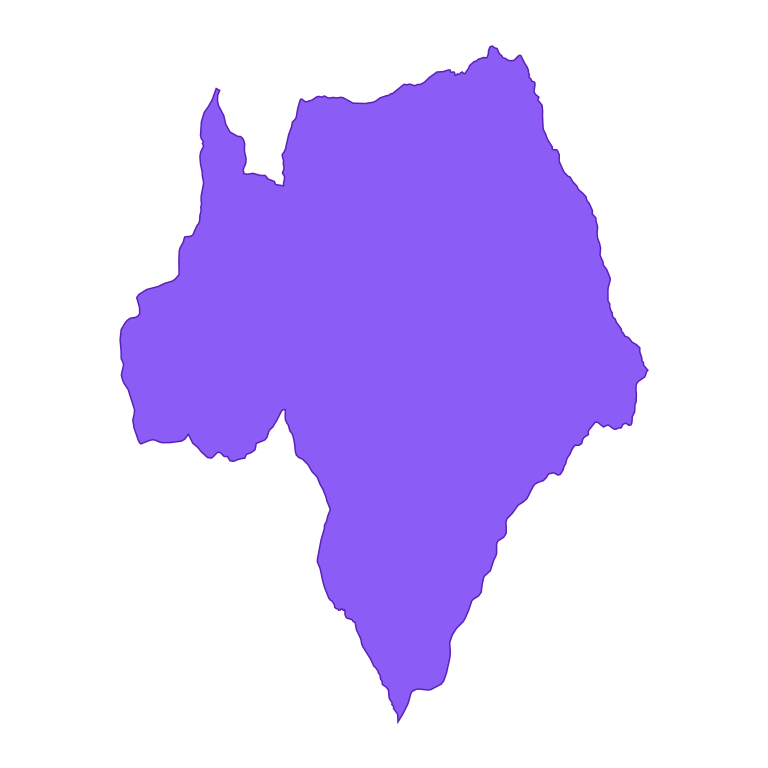 Cácota, Norte de Santander, Colombia
{"feature_id": "7082276B39579248859745", "entity_name": "Cácota", "entity_type": "district", "adm_level": 2, "iso_a3": "COL", "parent_name": "Colombia", "parent_adm1": "Norte de Santander", "projection": "equal_earth", "projection_center": [-72.647, 7.261], "detail": "fine", "context": "isolated", "style": "filled", "palette": "violet", "viewbox_px": 768, "rotation_deg": 0, "n_neighbors": 0, "source": "geoboundaries", "source_scale": "gbopen_adm2", "svg_char_len": 6045}
<svg xmlns="http://www.w3.org/2000/svg" viewBox="0 0 768 768"><path d="M647.9,370.3L643.5,365.1L643.5,362.6L642.0,361.0L641.8,357.9L639.8,351.9L639.8,347.8L636.4,344.6L632.1,342.2L629.3,338.5L627.9,337.3L624.8,336.1L623.3,333.2L621.6,331.4L621.2,329.0L620.4,327.7L616.3,322.2L615.2,319.0L614.0,318.2L612.4,316.0L612.3,313.0L610.7,310.3L609.8,306.9L609.7,303.7L608.4,301.8L608.0,300.4L607.9,290.7L608.2,287.5L610.1,280.6L610.2,278.2L606.8,269.7L603.4,265.0L602.9,261.7L600.0,255.2L600.6,248.0L599.5,243.3L597.6,238.2L597.1,233.9L597.6,226.7L596.1,221.3L595.8,217.8L592.2,213.8L592.5,211.6L592.1,209.8L589.2,203.4L586.9,200.4L586.0,196.8L582.7,193.2L578.4,189.5L576.7,185.9L572.9,181.8L570.1,177.1L567.8,176.1L564.1,172.2L559.6,162.4L559.1,160.7L559.3,154.9L557.5,150.5L556.2,149.6L553.2,149.8L552.3,149.2L552.2,146.8L547.4,139.2L545.5,133.8L543.5,129.8L543.1,128.2L542.5,116.1L542.6,110.8L542.1,105.3L537.8,99.9L538.9,97.2L535.4,94.3L534.0,91.8L535.0,84.7L534.8,82.6L534.2,82.0L531.7,81.0L530.9,79.0L529.3,77.4L529.0,76.1L529.4,74.9L528.5,72.6L528.3,70.0L527.0,66.8L524.9,63.7L521.0,55.8L519.8,55.2L517.9,56.3L514.7,59.8L513.5,60.5L510.1,60.7L507.8,60.1L505.1,58.2L503.4,58.1L502.8,57.6L501.6,55.6L499.5,53.8L497.0,48.5L494.8,47.9L492.4,46.1L490.1,46.7L488.5,50.6L488.4,53.7L487.3,56.9L486.6,57.8L483.6,57.5L478.2,59.3L476.2,61.2L474.2,61.5L469.5,65.7L468.8,68.0L464.7,73.8L464.1,73.8L462.2,72.0L460.7,72.7L459.7,74.1L458.3,74.3L457.5,73.9L456.4,74.9L455.2,75.3L454.4,72.3L453.7,72.0L451.0,72.3L449.9,69.9L448.7,69.9L442.9,71.7L437.0,72.0L429.3,77.5L424.5,82.2L420.4,84.4L417.5,84.5L414.8,85.7L409.8,84.1L406.4,84.9L405.1,84.3L403.8,84.5L392.2,93.8L391.0,93.6L388.8,95.4L386.8,95.6L380.0,97.9L375.9,101.0L373.3,102.2L365.2,103.5L353.1,103.2L343.3,97.8L341.2,97.3L336.0,98.0L333.6,97.4L328.3,98.1L324.5,96.0L321.6,97.1L318.6,96.4L316.7,96.9L311.9,100.1L305.7,102.0L301.8,99.1L300.7,99.2L299.9,100.8L297.6,109.1L296.2,117.4L295.3,119.1L292.4,122.1L291.5,127.0L288.7,134.5L285.4,149.2L283.9,152.3L282.4,154.1L282.2,155.7L283.5,160.4L283.3,164.6L284.0,166.7L283.9,169.2L282.4,173.0L284.5,176.3L284.3,180.2L283.6,182.2L283.6,185.8L275.6,184.6L274.4,181.5L267.9,178.9L265.3,175.5L260.5,175.4L252.9,173.3L247.4,174.3L244.0,173.6L243.2,170.1L244.1,166.9L244.8,165.9L245.8,162.9L246.1,158.8L244.6,152.0L244.4,149.1L244.7,144.0L244.1,141.5L243.0,138.9L241.4,137.1L240.3,136.5L237.8,136.4L230.0,132.0L225.7,124.2L223.8,115.6L219.0,106.5L218.2,104.5L217.5,101.0L217.7,95.2L219.7,90.4L216.2,88.5L212.2,99.8L208.0,107.2L204.2,112.4L201.4,121.8L200.5,135.8L201.3,138.6L203.5,141.7L202.4,143.4L203.6,145.9L200.7,152.0L200.0,155.6L200.0,157.7L200.5,163.8L202.2,172.3L202.3,175.7L203.5,181.8L203.5,183.9L201.2,195.9L201.1,200.4L201.5,204.0L200.8,207.1L201.1,210.7L199.9,215.7L199.6,221.0L198.6,223.7L197.3,225.1L195.2,229.3L193.0,234.7L191.4,235.9L189.2,236.5L185.0,236.8L184.3,238.0L183.3,242.0L180.0,248.1L179.3,250.6L178.9,259.9L179.1,274.5L175.3,279.0L172.5,281.0L164.6,283.4L158.2,286.5L146.7,289.5L139.0,294.4L136.7,297.6L139.5,307.5L139.7,313.4L138.2,315.9L135.4,317.4L130.3,318.2L127.2,320.4L125.1,322.9L121.2,329.5L120.1,339.6L121.1,351.3L121.2,358.7L123.5,363.5L123.3,366.4L121.7,373.0L121.4,375.5L122.6,380.0L124.2,383.6L128.2,389.6L134.6,409.9L134.1,414.7L132.8,420.0L134.1,428.0L138.5,440.8L139.8,442.9L140.9,443.9L149.3,440.5L152.2,439.8L154.4,439.9L159.9,442.2L162.4,442.7L170.3,442.6L181.5,441.1L184.6,439.3L188.4,434.3L192.7,443.1L197.9,447.5L201.5,452.0L207.4,457.4L211.2,458.1L212.8,457.1L217.1,452.7L219.4,452.2L221.3,453.5L224.2,456.5L227.7,456.6L228.3,458.2L230.1,460.8L233.6,461.3L238.4,459.4L243.4,458.2L244.7,458.3L246.4,454.4L251.0,452.7L254.6,450.2L255.3,448.8L256.1,444.0L256.7,443.3L264.9,439.9L267.0,437.3L268.7,431.7L270.1,429.5L272.8,427.0L276.9,420.2L281.4,411.3L282.8,409.8L285.3,409.6L285.2,417.5L285.5,420.0L286.8,422.9L288.2,424.9L289.9,430.9L292.2,433.8L293.0,436.0L294.3,442.0L295.4,451.6L296.3,455.0L298.8,457.5L302.6,459.2L308.0,464.6L312.3,472.0L315.3,474.9L317.4,477.7L320.2,484.5L323.0,489.5L325.9,496.8L327.0,501.2L330.0,508.6L330.1,510.1L327.8,516.0L326.6,521.0L324.5,525.2L324.3,528.9L321.1,539.8L317.4,559.3L317.4,562.0L320.2,568.8L322.6,580.3L324.6,587.6L328.8,598.1L330.1,599.8L332.2,601.3L334.3,604.6L334.8,607.3L336.0,608.5L337.6,608.9L338.7,610.2L340.2,610.2L341.5,608.7L342.0,608.7L343.3,610.4L344.6,609.7L344.9,610.0L345.0,614.5L346.0,617.2L347.3,618.3L351.8,619.5L353.2,621.5L355.1,622.5L356.4,629.6L360.8,638.9L361.7,643.9L362.7,646.5L370.6,659.1L373.9,666.2L375.5,667.5L377.9,670.8L378.2,672.4L380.1,675.4L380.4,678.5L382.1,681.7L382.4,684.6L386.2,687.1L388.2,689.6L388.7,692.0L389.0,696.9L389.5,699.0L392.0,702.6L392.1,703.6L391.8,704.5L393.4,706.0L393.6,708.6L397.3,713.7L397.7,715.0L398.0,721.9L403.1,713.5L407.3,705.2L408.6,701.9L410.6,694.4L411.8,691.6L416.2,689.3L418.8,689.0L427.7,690.0L430.6,689.7L441.3,684.1L443.7,680.9L446.5,672.9L449.4,659.9L450.1,656.1L450.3,652.0L449.7,643.4L450.1,641.2L452.4,634.7L456.8,627.9L463.3,621.6L465.2,618.1L468.7,610.2L471.8,600.8L473.5,599.1L478.5,596.0L481.2,592.3L482.2,584.3L483.7,577.4L484.8,575.7L490.3,570.8L493.7,560.3L496.0,555.6L496.6,553.1L496.6,545.1L497.0,542.7L498.2,540.8L503.7,537.3L506.1,533.5L506.3,527.7L505.9,522.4L506.9,518.8L512.4,513.2L518.1,505.2L523.4,501.8L527.0,498.5L532.9,486.9L534.1,485.0L535.3,483.9L538.5,482.2L543.4,480.6L546.3,477.6L547.9,474.8L549.4,473.7L553.4,472.9L554.5,473.1L557.8,475.0L559.7,474.7L560.7,473.8L563.0,470.2L564.2,466.1L565.6,463.8L567.0,458.4L570.1,453.9L571.5,450.4L573.6,446.8L574.8,445.3L579.2,445.2L581.7,443.4L582.9,438.9L584.9,436.7L588.4,434.6L588.3,431.5L589.0,429.9L595.2,422.3L597.5,422.2L603.5,427.0L607.2,425.2L608.5,425.1L612.8,428.4L614.8,429.3L616.3,429.1L618.6,427.9L620.7,428.0L621.6,427.1L622.8,424.5L625.0,423.4L626.3,423.5L628.9,425.3L630.8,425.0L631.6,423.7L632.0,421.9L632.3,416.5L634.6,412.2L635.0,404.6L636.2,401.6L636.4,393.6L635.9,389.8L636.2,385.1L636.9,383.2L638.4,381.3L644.5,377.1L645.4,375.6L646.6,371.7L647.9,370.3Z" fill="#8b5cf6" stroke="#5b21b6" stroke-width="1.5"/></svg>